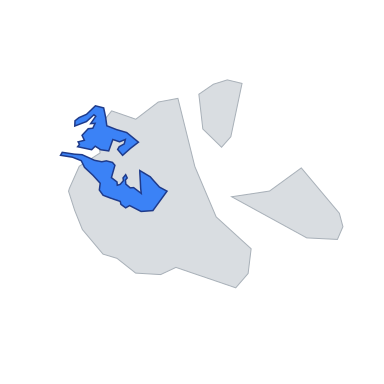 where Tai Po sits in Hong Kong S.A.R., rotated 230°
{"feature_id": "HKG-5169", "entity_name": "Tai Po", "entity_type": "state/province", "adm_level": 1, "iso_a3": "HKG", "parent_name": "Hong Kong S.A.R.", "parent_adm1": "", "projection": "natural_earth1", "projection_center": [114.263, 22.454], "detail": "fine", "context": "in_parent", "style": "filled", "palette": "blue", "viewbox_px": 384, "rotation_deg": 230, "n_neighbors": 0, "source": "natural_earth", "source_scale": "10m", "svg_char_len": 1676}
<svg xmlns="http://www.w3.org/2000/svg" viewBox="0 0 384 384"><g transform="rotate(230 192 192)"><path d="M148.9,114.9L150.3,113.4L166.1,96.7L189.4,91.9L201.6,83.9L233.7,83.9L253.3,90.3L271.9,97.9L273.6,100.4L284.2,122.2L281.0,146.7L300.9,158.5L305.8,182.6L283.9,195.7L282.6,224.0L272.8,241.4L209.6,210.5L157.4,194.5L110.5,200.8L93.5,182.6L90.5,163.9L144.6,131.2L148.9,114.9ZM140.2,291.2L81.0,291.2L68.4,285.3L62.2,272.9L83.1,250.4L162.9,219.3L142.9,252.0L140.2,291.2ZM255.2,291.1L243.0,300.1L209.4,257.3L207.3,243.4L233.3,240.8L262.5,260.1L260.8,277.7L255.2,291.1Z" fill="#d9dde1" stroke="#a8b0b8" stroke-width="1"/><path d="M304.6,114.9L305.8,118.1L296.5,126.3L291.2,131.8L285.4,134.6L278.9,137.7L273.2,142.3L270.9,146.4L265.8,150.1L262.0,150.1L254.8,139.5L247.9,141.0L245.2,139.1L244.0,141.9L244.8,146.8L247.1,148.2L247.9,152.3L244.4,151.4L244.0,148.7L240.6,146.4L234.9,147.3L232.9,150.1L223.5,152.2L227.9,155.1L233.3,159.2L239.6,163.9L242.0,165.8L230.5,169.8L225.1,169.9L216.7,170.2L208.7,173.4L202.9,150.1L209.8,140.5L221.7,135.5L222.5,131.0L228.2,129.6L230.9,131.0L239.3,125.9L246.6,121.8L253.1,122.3L257.7,127.3L268.4,126.9L279.9,125.5L287.2,127.3L295.6,122.7L304.6,114.9ZM264.7,162.4L272.4,162.4L273.5,165.4L272.4,171.0L275.1,174.7L277.0,168.8L283.1,165.1L277.0,154.6L283.1,149.2L289.3,147.3L288.9,142.3L300.2,133.5L300.8,136.4L303.6,137.0L300.8,142.8L306.1,144.2L307.2,153.2L304.6,157.0L306.9,161.9L309.5,158.3L311.9,167.0L314.2,166.5L313.8,156.4L317.9,144.6L321.8,148.2L321.6,153.3L319.3,161.1L320.1,173.4L313.2,178.4L304.8,173.9L297.5,169.3L288.3,174.3L279.5,180.2L264.6,183.0L265.0,172.9L264.7,162.4Z" fill="#3b82f6" stroke="#1e3a8a" stroke-width="1.5"/></g></svg>